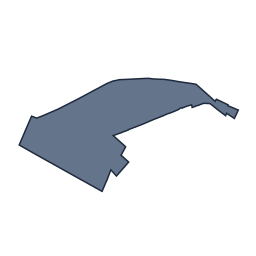 outline of Allende, Coahuila, Mexico, rotated 25°
{"feature_id": "50627088B35407667926695", "entity_name": "Allende", "entity_type": "district", "adm_level": 2, "iso_a3": "MEX", "parent_name": "Mexico", "parent_adm1": "Coahuila", "projection": "robinson", "projection_center": [-100.857, 28.286], "detail": "fine", "context": "isolated", "style": "filled", "palette": "slate", "viewbox_px": 256, "rotation_deg": 25, "n_neighbors": 0, "source": "geoboundaries", "source_scale": "gbopen_adm2", "svg_char_len": 1808}
<svg xmlns="http://www.w3.org/2000/svg" viewBox="0 0 256 256"><g transform="rotate(25 128 128)"><path d="M220.4,65.1L210.7,65.5L208.9,65.6L208.8,64.7L200.6,64.6L196.1,64.6L195.9,64.6L195.7,67.0L191.4,65.7L185.8,64.0L185.2,63.8L179.5,62.1L178.7,61.8L178.4,61.8L175.6,60.9L172.9,60.1L171.2,59.6L164.4,61.5L163.9,61.7L157.9,63.5L151.7,65.3L148.2,66.2L147.1,66.5L140.0,68.7L139.4,69.0L135.4,70.7L133.4,71.5L130.6,72.7L125.3,74.4L124.3,75.0L123.2,75.5L122.4,75.9L121.7,76.3L120.8,76.8L119.8,77.3L105.1,85.1L100.0,87.7L94.3,92.0L89.9,96.8L84.2,104.5L82.1,107.2L70.3,123.0L66.6,127.7L56.6,140.5L48.7,149.4L44.9,153.6L41.1,157.6L35.6,158.0L36.1,175.4L36.4,184.1L36.6,189.4L56.5,191.0L62.3,191.4L66.0,191.7L78.9,192.6L85.6,193.1L85.8,193.1L91.0,193.5L96.3,193.9L100.7,194.2L108.6,194.8L110.7,194.9L115.9,195.3L116.0,195.3L116.7,195.4L118.8,195.5L124.2,195.9L130.9,196.4L131.3,196.4L130.9,186.0L131.0,184.4L130.6,180.1L130.2,173.2L137.8,176.4L138.6,173.8L143.0,158.6L139.4,157.5L133.2,155.6L133.4,153.2L133.8,146.0L126.3,143.7L124.6,143.2L123.7,142.9L123.0,142.7L122.6,142.6L122.1,142.4L121.3,142.2L120.7,142.0L118.5,141.3L117.8,141.1L119.3,139.7L129.0,129.8L129.5,128.9L140.0,118.0L148.4,108.6L148.7,108.4L149.8,107.2L150.8,106.2L151.9,105.0L152.7,104.2L153.0,103.8L154.4,102.3L154.5,102.3L154.5,102.2L157.5,98.8L159.0,97.3L159.4,97.1L161.1,95.3L161.3,95.1L162.6,93.7L165.5,90.5L167.5,87.3L168.8,87.0L168.8,86.8L170.1,85.5L172.0,83.5L172.1,83.4L172.5,83.0L173.0,82.5L173.5,82.2L174.6,81.2L175.2,80.7L175.9,80.2L177.5,82.3L178.3,81.5L178.9,80.9L179.7,80.1L179.8,79.8L180.0,79.6L180.6,79.0L182.2,77.8L183.5,76.3L184.4,75.4L184.8,75.0L186.2,73.6L190.6,71.8L191.0,71.6L192.0,71.3L192.3,71.3L195.5,72.0L200.9,73.4L211.3,75.6L211.1,73.0L220.4,74.4L220.4,65.1Z" fill="#64748b" stroke="#1e293b" stroke-width="1.5"/></g></svg>